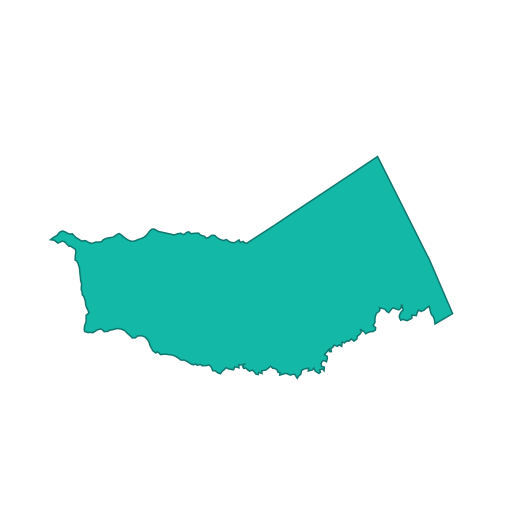 Mirante da Serra, Rondônia, Brazil, rotated 12°
{"feature_id": "56859067B54774050991451", "entity_name": "Mirante da Serra", "entity_type": "district", "adm_level": 2, "iso_a3": "BRA", "parent_name": "Brazil", "parent_adm1": "Rondônia", "projection": "natural_earth1", "projection_center": [-62.897, -11.045], "detail": "fine", "context": "isolated", "style": "filled", "palette": "teal", "viewbox_px": 512, "rotation_deg": 12, "n_neighbors": 0, "source": "geoboundaries", "source_scale": "gbopen_adm2", "svg_char_len": 3855}
<svg xmlns="http://www.w3.org/2000/svg" viewBox="0 0 512 512"><g transform="rotate(12 256 256)"><path d="M86.0,276.4L81.8,277.7L80.1,276.7L76.0,275.4L73.5,273.7L71.6,272.4L69.5,273.3L67.1,273.0L64.6,272.2L61.9,271.7L59.9,272.7L58.5,274.3L57.2,277.2L54.0,280.0L51.7,282.8L55.4,282.5L59.6,284.6L63.2,281.8L65.6,281.9L67.6,283.1L70.9,285.3L72.9,285.0L75.5,286.1L77.3,286.6L78.7,288.3L79.0,290.8L79.2,293.3L79.9,297.6L81.7,298.1L83.4,300.1L85.7,304.2L87.3,309.3L88.7,313.5L89.6,316.5L91.3,319.7L91.6,323.0L92.1,325.3L93.4,327.4L94.1,330.0L95.9,331.3L98.1,334.9L100.0,340.0L101.8,342.7L103.2,344.3L104.4,346.6L102.2,349.2L102.7,351.8L103.5,355.5L102.9,359.7L103.2,363.2L104.1,365.5L107.6,365.8L110.1,365.1L112.4,365.0L115.9,361.4L119.2,359.6L121.2,360.1L123.2,361.6L126.7,360.5L128.3,359.0L130.6,358.1L133.7,356.6L135.7,355.7L138.7,355.5L140.8,355.8L143.0,356.2L146.5,358.5L149.6,360.2L152.1,361.9L155.2,361.0L156.6,358.9L159.9,358.0L161.8,357.8L164.6,358.4L168.1,361.1L169.4,362.7L170.7,365.3L172.6,367.6L174.9,370.2L178.1,371.7L179.4,370.3L181.5,371.1L183.1,372.3L187.2,370.9L190.9,370.6L195.0,370.3L197.8,370.7L201.7,372.2L204.2,373.4L207.8,372.7L212.4,374.1L215.0,375.2L217.7,375.4L219.4,374.1L221.1,375.1L224.3,373.6L226.1,374.5L228.7,373.9L230.9,373.3L232.5,372.2L235.0,373.6L236.3,375.3L237.5,377.2L239.8,376.7L243.2,378.3L245.7,378.6L246.8,375.9L248.3,374.1L249.9,371.5L252.6,372.1L257.7,372.0L258.2,368.9L260.4,368.7L262.6,368.9L261.8,366.1L264.6,365.5L267.1,364.3L266.0,367.0L267.3,368.5L269.4,367.7L271.7,369.1L273.6,370.0L276.3,368.3L278.8,370.0L280.4,371.5L282.8,371.6L282.9,369.2L286.3,369.7L285.5,366.9L287.7,366.2L289.7,365.3L291.0,363.5L293.3,360.8L295.7,362.3L298.1,362.1L300.4,363.1L301.8,365.3L303.7,364.8L304.0,367.6L309.7,364.5L314.4,365.4L316.3,364.2L318.5,363.7L321.8,367.1L322.6,364.7L324.4,362.3L324.3,358.6L326.7,356.4L330.8,354.8L331.0,357.6L334.8,355.8L335.8,353.6L337.8,356.2L341.9,357.8L343.2,356.4L341.9,354.2L344.7,352.7L346.4,354.1L346.0,350.5L343.2,350.4L342.0,347.4L342.8,344.7L345.0,344.2L346.9,344.8L347.1,341.8L346.5,339.3L343.5,338.2L345.3,335.0L346.8,331.9L347.7,334.3L349.6,333.9L348.5,330.9L350.2,329.2L350.8,326.9L354.4,327.4L356.0,325.4L358.6,326.6L358.2,322.3L360.6,322.6L362.3,320.3L364.5,320.1L366.5,317.3L369.6,318.9L371.9,316.2L371.8,313.2L373.7,311.1L375.0,307.8L372.9,305.9L377.4,307.5L379.4,309.3L381.2,307.7L383.5,306.3L386.1,305.6L388.2,303.6L387.9,301.1L385.0,299.7L386.2,296.2L385.6,293.6L385.2,290.7L385.7,287.0L387.8,284.7L388.5,282.7L387.5,280.8L393.2,281.2L395.5,283.1L397.7,283.8L399.0,280.9L400.5,278.3L403.9,278.7L406.9,279.0L408.6,277.1L408.5,273.1L409.9,275.6L411.2,278.2L409.7,280.1L408.6,284.0L409.0,286.4L411.0,288.8L412.8,287.5L417.2,287.9L421.4,284.5L420.8,281.4L425.2,281.0L425.3,278.3L426.2,275.1L429.0,275.9L431.7,274.0L433.0,272.0L435.9,269.1L436.9,271.2L437.9,273.6L439.6,276.5L441.8,278.3L443.4,280.6L444.3,282.5L445.2,285.3L446.6,284.0L460.3,271.5L426.3,223.4L423.1,219.5L417.9,213.1L409.9,203.0L402.5,193.8L354.2,133.4L339.2,148.8L335.3,152.9L316.9,171.7L302.5,186.4L300.1,188.9L282.5,206.8L266.8,223.0L244.2,245.5L242.0,245.5L240.5,244.4L237.8,246.0L236.0,243.8L232.1,247.6L228.6,247.8L226.6,247.4L223.7,246.1L221.1,247.6L218.0,247.4L214.4,246.3L211.4,244.5L208.4,244.9L205.9,247.6L203.5,249.0L201.8,247.5L199.3,247.4L197.0,246.9L195.1,245.6L192.0,246.3L187.7,247.7L185.3,246.3L183.0,247.5L181.5,249.7L179.7,250.2L177.7,249.4L174.7,250.5L171.7,252.4L161.9,252.3L158.4,252.3L155.7,252.3L150.7,250.8L148.6,251.4L146.7,253.8L145.5,256.7L144.3,258.8L142.5,261.0L139.8,263.0L137.3,264.4L134.1,266.6L131.5,267.5L127.9,267.1L125.6,266.3L123.4,265.3L121.7,264.4L119.9,263.4L117.3,262.5L115.2,264.2L112.2,267.4L108.0,268.9L105.7,270.0L103.3,271.8L101.9,274.3L98.4,275.3L96.0,275.8L94.1,277.2L92.2,277.9L89.6,277.6L86.0,276.4Z" fill="#14b8a6" stroke="#0f766e" stroke-width="1.5"/></g></svg>